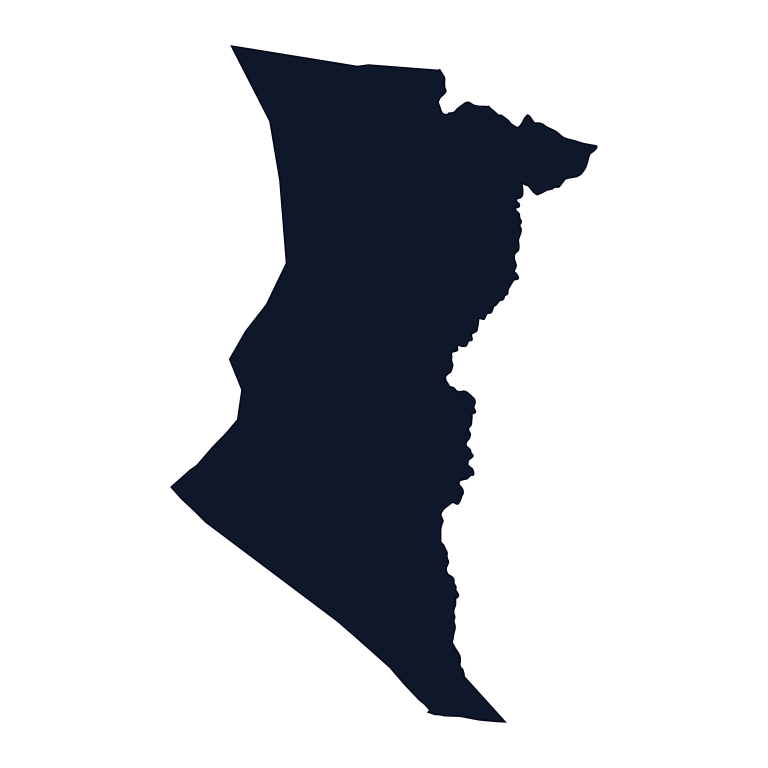 San Francisco de Opalaca, Intibucá, Honduras (Robinson projection)
{"feature_id": "27666195B85472464338427", "entity_name": "San Francisco de Opalaca", "entity_type": "district", "adm_level": 2, "iso_a3": "HND", "parent_name": "Honduras", "parent_adm1": "Intibucá", "projection": "robinson", "projection_center": [-88.233, 14.52], "detail": "fine", "context": "isolated", "style": "filled", "palette": "ink", "viewbox_px": 768, "rotation_deg": 0, "n_neighbors": 0, "source": "geoboundaries", "source_scale": "gbopen_adm2", "svg_char_len": 6111}
<svg xmlns="http://www.w3.org/2000/svg" viewBox="0 0 768 768"><path d="M439.7,69.7L438.6,70.4L368.4,65.0L357.3,66.5L231.5,46.1L270.0,121.3L279.9,180.3L286.5,263.2L266.5,304.7L245.8,331.2L229.7,359.2L242.0,389.8L237.7,419.7L226.0,433.6L212.3,447.6L197.0,465.4L190.3,470.1L171.2,487.1L181.3,498.5L195.4,511.7L205.8,522.1L337.4,621.0L358.0,638.9L390.0,667.4L404.9,684.7L419.1,699.7L425.1,704.6L429.9,710.2L428.2,712.2L430.0,712.7L435.1,714.5L439.3,714.6L441.6,715.0L443.9,715.6L446.1,715.8L459.7,716.2L479.4,719.9L495.7,721.4L505.1,721.9L464.2,676.7L463.9,673.6L462.8,669.9L462.2,668.8L461.2,668.0L460.7,667.5L460.3,666.6L460.0,665.6L459.8,664.1L460.3,661.7L460.3,659.8L460.1,657.4L459.7,655.8L458.4,653.0L455.4,648.6L454.0,645.8L452.6,643.5L452.2,642.5L452.2,641.7L452.9,639.1L453.9,633.2L454.8,629.6L455.1,627.4L455.0,625.5L454.1,622.8L453.8,620.9L453.8,620.2L454.5,618.7L454.7,616.9L454.6,615.8L454.0,614.3L453.8,613.4L453.7,611.8L453.7,610.4L454.3,608.1L455.1,606.2L455.4,605.5L455.6,601.9L455.5,599.1L455.6,598.3L455.9,598.0L456.8,597.9L457.6,597.2L458.4,596.1L458.6,595.2L458.4,594.5L458.0,593.7L457.1,592.1L456.0,590.7L455.7,590.0L455.7,589.4L456.0,586.9L453.9,583.2L453.9,580.2L453.7,578.9L452.7,577.6L451.8,576.7L450.7,576.0L449.4,575.4L447.5,573.9L446.5,571.3L446.1,569.3L446.4,567.2L447.3,565.5L448.3,562.8L448.4,561.1L447.8,559.8L447.0,557.7L446.9,555.0L447.2,553.5L446.6,551.2L444.4,547.1L443.8,545.3L441.4,542.9L441.0,542.1L440.6,541.1L440.7,539.4L440.6,530.0L441.4,525.6L442.0,523.7L442.8,522.0L443.0,520.5L441.1,516.2L440.8,514.6L441.0,513.3L441.6,512.0L443.2,509.7L444.5,508.3L451.8,502.6L452.6,502.4L453.3,502.5L454.8,503.0L456.3,503.9L457.2,504.1L458.2,503.8L458.9,502.9L459.4,501.8L460.2,500.6L460.7,499.3L461.9,495.4L462.6,494.7L462.9,494.1L463.2,492.7L463.0,490.6L462.4,489.0L461.3,487.2L459.8,485.7L459.1,484.3L459.0,483.5L459.0,482.5L459.2,481.6L459.6,481.0L460.0,480.6L461.2,480.1L467.2,478.7L468.0,478.0L470.2,475.6L471.7,475.1L473.0,475.2L473.4,474.9L473.6,474.4L473.7,473.6L473.6,472.4L473.1,470.7L472.6,469.3L471.5,468.2L468.3,465.7L467.8,465.0L467.6,464.2L467.9,462.4L468.6,460.0L472.5,456.8L472.9,456.2L473.0,455.6L472.2,454.3L471.1,453.2L470.2,449.6L468.6,448.0L466.5,446.4L466.1,445.4L465.9,444.2L466.1,443.1L466.5,442.1L467.3,440.7L468.8,439.1L469.7,437.5L470.1,436.1L470.3,434.8L470.2,433.3L469.5,432.4L468.9,431.2L468.5,429.8L468.2,428.6L468.6,427.9L469.5,427.1L470.1,426.4L471.1,424.8L471.3,424.2L471.6,421.7L472.0,416.2L471.7,414.3L472.0,414.0L475.1,412.7L475.4,412.3L475.5,411.7L475.3,411.2L474.9,410.0L473.5,407.4L474.1,405.5L474.9,403.5L475.1,402.6L475.1,401.6L474.9,400.5L474.5,399.4L474.0,398.6L468.8,393.7L467.3,392.5L466.5,392.0L465.1,391.4L463.8,391.1L463.1,391.2L461.9,391.6L460.8,391.7L459.2,391.7L457.8,391.5L456.9,391.1L455.6,390.0L454.2,388.2L453.6,387.7L451.4,387.0L449.6,386.7L447.9,383.7L445.8,380.4L445.3,376.7L447.4,374.2L449.6,372.7L450.7,371.7L451.7,369.3L452.5,366.5L452.7,365.5L452.6,364.6L451.6,361.2L451.3,359.2L451.7,357.2L451.4,354.1L451.5,353.2L451.7,352.6L452.3,352.1L453.3,351.7L456.4,350.9L457.3,350.5L457.6,349.5L457.3,348.1L457.4,346.7L457.7,345.7L458.1,345.2L458.9,345.1L460.7,345.9L462.3,346.3L464.6,346.3L465.7,346.1L466.1,345.9L466.5,345.4L467.8,342.3L468.8,340.8L469.2,340.6L471.0,340.5L471.7,340.2L472.1,339.6L472.1,338.9L471.3,335.0L471.4,334.3L471.9,333.7L475.6,331.8L476.5,331.1L476.9,330.6L478.1,324.2L478.6,319.6L479.0,318.4L479.5,318.2L482.9,319.2L484.0,319.3L484.7,318.2L486.2,314.9L486.9,313.8L488.7,313.1L490.4,313.0L491.1,312.5L491.8,311.5L493.5,306.9L494.0,306.2L494.6,305.7L495.5,305.4L495.9,305.1L498.9,301.3L500.2,300.2L500.7,300.0L502.0,300.1L503.0,299.4L503.7,298.6L504.7,295.3L505.1,295.0L505.7,295.0L506.3,294.9L507.6,293.8L507.7,293.4L508.0,290.0L508.4,288.8L512.3,282.1L513.5,280.4L514.0,279.9L514.5,279.6L516.0,279.5L517.6,279.0L518.1,278.7L518.3,278.3L518.4,277.8L518.3,277.2L517.3,275.1L516.8,274.4L514.8,272.2L514.3,271.4L514.2,270.8L514.3,270.2L515.5,268.2L516.2,265.6L515.8,263.7L514.5,259.9L514.2,258.1L514.2,256.7L514.5,254.7L515.1,253.4L515.6,252.8L518.2,250.6L518.4,250.2L518.6,249.5L518.8,247.7L518.9,245.8L518.4,241.5L518.4,239.5L520.6,233.2L521.1,231.1L521.2,230.2L521.0,228.5L520.0,226.6L519.8,225.5L519.7,224.5L520.0,223.9L520.6,223.8L520.8,223.7L521.3,220.9L520.4,219.8L519.9,218.7L519.5,216.8L519.3,214.6L519.0,213.6L518.6,213.1L516.2,210.8L515.4,209.3L515.3,208.7L515.5,208.2L515.7,207.9L518.1,207.3L518.8,206.9L519.2,206.5L519.4,205.7L519.4,204.7L519.0,203.7L517.1,202.0L516.5,201.1L516.2,200.1L516.3,199.4L516.7,199.0L517.2,198.7L520.4,197.7L521.8,196.5L522.4,195.4L522.7,193.3L522.7,189.9L522.2,185.2L522.2,183.3L522.3,182.8L522.5,182.7L522.7,182.8L522.9,183.5L523.3,183.9L525.4,184.8L527.6,185.5L528.6,186.1L533.5,192.1L535.7,193.9L537.3,194.7L542.0,192.7L546.9,190.0L552.0,189.0L554.2,187.4L555.6,187.0L557.9,187.2L558.7,187.0L559.5,186.4L560.9,184.6L563.4,181.3L564.3,179.8L565.4,178.9L567.4,178.2L576.7,176.6L579.9,174.9L581.2,173.8L584.2,169.9L585.5,167.7L587.5,162.1L588.6,157.2L589.3,155.4L589.8,154.2L590.3,153.6L590.9,153.0L593.3,151.4L594.7,150.2L596.4,148.2L596.7,147.3L596.8,146.8L596.4,146.0L595.6,145.7L590.9,145.0L582.8,143.4L575.2,141.0L566.7,138.8L564.1,137.9L562.2,136.6L559.6,134.5L558.0,133.0L556.4,131.9L554.3,130.6L546.2,126.8L542.8,124.2L541.4,123.7L539.0,123.1L534.3,123.0L530.0,116.8L529.1,115.8L527.7,115.0L526.0,116.5L524.7,118.1L522.1,123.1L519.3,126.9L518.0,127.4L516.5,127.3L514.6,126.3L511.5,124.1L510.1,122.9L508.9,121.2L507.3,119.7L501.6,115.5L498.0,115.0L497.7,114.9L496.6,113.6L494.0,111.2L490.2,108.3L488.8,106.4L487.4,106.7L484.8,106.4L480.0,106.4L477.1,106.1L475.0,105.6L473.5,105.1L469.2,102.5L468.3,102.3L467.0,102.4L465.8,102.7L465.1,103.0L458.4,108.0L457.3,108.9L455.3,111.2L453.9,112.3L451.3,113.1L448.9,113.1L448.0,114.1L446.6,114.8L443.3,114.0L442.8,113.7L442.1,112.8L440.8,110.5L439.7,106.6L438.2,102.9L438.1,102.0L438.9,99.9L440.2,97.5L443.1,94.9L444.7,93.2L445.6,92.0L445.9,91.4L445.9,90.9L445.5,89.4L444.8,88.0L444.6,86.7L444.4,82.3L444.7,79.8L444.6,78.5L444.3,77.4L444.0,76.6L439.7,69.7Z" fill="#0f172a" stroke="#020617" stroke-width="1.5"/></svg>